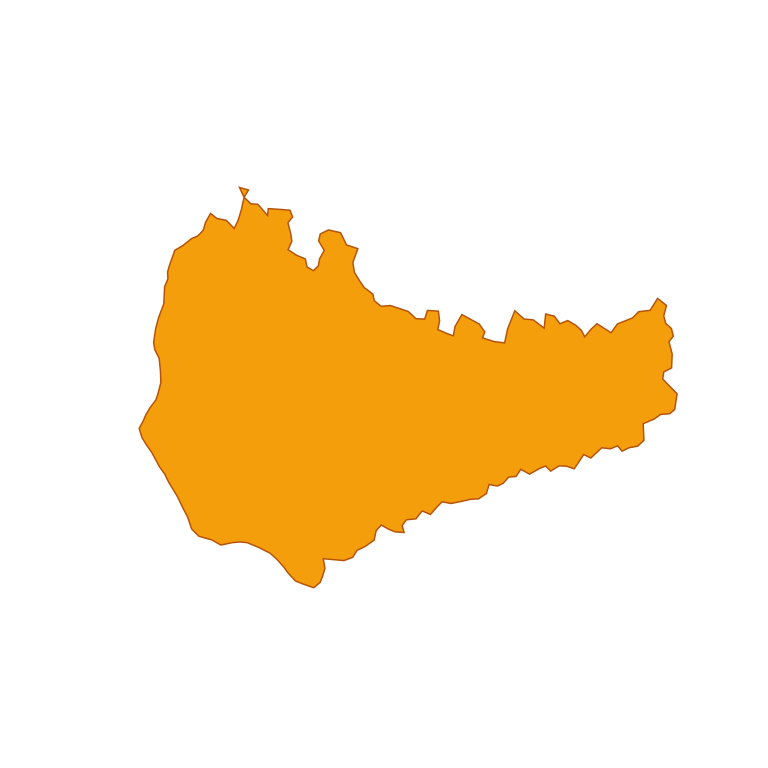 Lobato, Paraná, Brazil (Mercator projection), rotated 127°
{"feature_id": "56859067B51763712276093", "entity_name": "Lobato", "entity_type": "district", "adm_level": 2, "iso_a3": "BRA", "parent_name": "Brazil", "parent_adm1": "Paraná", "projection": "mercator", "projection_center": [-52.0, -22.979], "detail": "fine", "context": "isolated", "style": "filled", "palette": "amber", "viewbox_px": 768, "rotation_deg": 127, "n_neighbors": 0, "source": "geoboundaries", "source_scale": "gbopen_adm2", "svg_char_len": 2524}
<svg xmlns="http://www.w3.org/2000/svg" viewBox="0 0 768 768"><g transform="rotate(127 384 384)"><path d="M352.2,625.2L362.8,623.7L369.8,620.9L377.8,621.8L383.6,625.2L394.2,627.9L403.1,631.5L418.5,626.7L424.7,624.3L430.0,619.9L438.4,617.7L452.5,608.1L466.5,604.0L477.0,599.8L489.6,592.9L494.5,587.7L498.9,578.9L507.9,570.6L517.1,563.1L527.4,558.8L534.1,556.6L543.6,556.6L552.3,555.6L558.8,554.0L566.8,552.8L572.3,545.3L575.2,538.2L578.3,528.6L581.7,521.1L585.2,513.6L587.8,505.2L592.3,496.2L598.3,481.0L604.4,469.3L608.3,460.9L615.6,450.3L617.0,440.1L612.1,427.6L610.8,417.4L602.1,409.8L596.8,403.9L593.0,397.7L589.9,385.6L587.7,373.2L588.5,363.8L590.5,353.9L592.6,347.1L594.6,336.1L592.3,327.7L589.0,317.5L580.8,315.6L574.1,317.5L566.8,320.2L560.1,327.4L554.7,318.7L549.1,309.7L541.4,304.7L533.1,305.4L525.1,301.3L514.7,297.9L505.9,302.0L498.3,301.3L497.2,292.9L495.4,286.1L490.5,278.6L486.0,284.4L479.0,284.4L472.5,277.4L462.4,277.1L460.3,268.4L450.8,267.7L443.2,266.8L439.1,258.6L431.8,252.1L423.8,245.3L418.7,239.3L409.8,236.3L401.0,239.6L397.3,232.1L391.6,229.1L383.3,228.4L378.4,222.9L369.8,223.4L368.4,213.5L357.8,208.9L352.2,205.5L353.3,198.5L344.0,194.9L339.8,188.9L337.3,181.1L330.4,181.4L320.2,182.1L318.6,174.3L303.9,171.7L299.3,164.0L292.7,160.3L294.4,153.4L287.5,150.0L281.0,144.0L272.6,142.5L259.7,153.1L249.3,147.1L241.9,144.8L235.7,137.9L229.4,136.5L215.5,144.0L212.3,164.4L206.0,167.8L198.1,164.0L186.6,171.9L178.8,181.8L171.6,181.8L166.7,187.9L166.1,195.4L161.2,201.6L151.3,205.7L151.0,217.0L165.0,215.8L172.9,224.1L181.7,225.3L195.5,233.7L206.4,233.5L207.7,250.2L215.7,251.6L225.5,252.1L222.4,258.6L221.7,266.1L222.8,275.5L230.0,279.8L227.3,288.8L230.8,297.0L243.0,289.7L243.0,303.5L247.8,311.2L246.8,323.6L265.7,318.4L278.6,312.4L283.7,321.3L287.9,333.0L281.7,334.9L278.8,344.0L280.2,353.5L281.7,363.6L295.3,361.9L303.8,357.6L306.0,364.8L308.1,373.8L300.1,377.6L293.1,384.4L299.1,393.6L307.7,390.6L312.6,397.8L311.5,408.3L317.5,426.1L323.7,433.2L323.3,441.9L318.9,446.9L318.9,458.0L316.2,465.8L312.6,474.9L305.7,482.0L291.7,486.3L295.5,497.6L289.3,509.7L294.4,521.1L302.6,525.2L309.1,522.3L313.3,512.1L322.7,510.8L329.3,507.5L336.0,508.6L336.9,515.8L331.5,522.1L333.8,531.3L334.5,541.4L325.5,543.5L320.6,548.4L313.0,557.8L305.6,557.5L301.8,563.6L305.7,569.9L313.6,582.0L319.5,578.3L316.4,592.9L320.2,598.7L319.1,608.1L330.7,602.8L340.8,599.1L349.9,597.2L348.2,608.5L352.4,617.2L352.2,625.2ZM319.1,608.1L310.6,609.0L314.0,617.7L319.1,608.1Z" fill="#f59e0b" stroke="#b45309" stroke-width="1.5"/></g></svg>